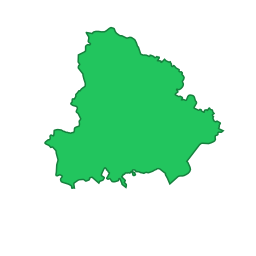 the border of Volgograd, rotated 30°
{"feature_id": "RUS-2369", "entity_name": "Volgograd", "entity_type": "Region", "adm_level": 1, "iso_a3": "RUS", "parent_name": "Russia", "parent_adm1": "", "projection": "albers", "projection_center": [44.238, 49.343], "detail": "fine", "context": "isolated", "style": "filled", "palette": "green", "viewbox_px": 256, "rotation_deg": 30, "n_neighbors": 0, "source": "natural_earth", "source_scale": "10m", "svg_char_len": 5746}
<svg xmlns="http://www.w3.org/2000/svg" viewBox="0 0 256 256"><g transform="rotate(30 128 128)"><path d="M211.8,82.8L211.1,84.7L210.8,85.1L209.0,86.0L208.5,86.4L208.3,87.3L208.9,88.2L209.1,88.8L208.8,89.5L207.9,90.5L207.6,91.0L207.9,92.2L209.4,94.2L209.5,95.7L209.0,96.9L207.4,99.2L205.6,101.2L199.8,104.1L198.9,105.1L198.3,106.8L195.6,127.5L197.2,128.0L201.3,131.0L202.8,132.7L203.2,134.9L202.7,137.2L201.6,139.3L200.3,141.2L199.2,142.2L197.2,143.4L196.2,144.2L195.6,145.1L192.2,155.5L187.3,151.8L184.1,149.9L183.7,149.6L183.3,148.8L183.1,148.6L176.4,147.6L175.7,147.6L174.9,147.8L173.6,148.7L173.4,149.0L173.1,149.9L172.1,151.0L171.0,153.1L168.3,156.3L167.8,156.7L166.1,157.2L165.2,158.0L164.4,159.3L162.5,159.8L161.3,160.3L159.4,160.4L156.8,161.7L155.2,161.0L154.1,161.2L153.1,162.0L153.0,162.3L153.1,162.7L153.5,163.2L154.2,163.7L155.6,163.3L156.2,163.4L157.1,164.3L157.7,164.6L157.8,164.8L157.7,165.2L157.0,166.2L156.3,166.4L155.9,166.3L154.1,164.5L152.7,164.2L152.4,164.6L152.3,165.6L152.1,166.1L150.6,166.6L149.8,167.4L148.5,168.0L148.2,168.3L148.1,169.6L147.9,170.0L147.0,170.7L147.0,170.9L147.3,171.6L147.2,172.2L146.9,172.8L146.9,173.2L147.0,173.4L151.7,174.7L152.0,175.1L151.9,176.2L152.0,176.9L154.7,177.7L155.5,179.0L155.9,180.5L151.1,179.8L150.1,178.8L146.3,175.9L146.1,175.9L145.6,176.6L145.5,176.9L145.9,177.9L145.8,178.6L143.7,180.9L142.6,181.7L141.7,182.1L140.9,182.3L137.7,180.9L137.1,181.3L136.5,182.2L136.2,182.4L135.3,182.4L134.8,182.3L134.6,181.9L134.7,180.0L134.5,178.0L134.5,176.5L134.3,176.1L132.6,175.8L131.7,174.9L130.3,175.0L129.5,174.1L128.0,173.9L127.7,174.4L127.6,175.8L128.1,180.8L128.5,182.1L129.1,182.5L132.1,182.7L132.4,183.1L132.4,185.5L131.8,186.4L130.4,188.0L130.2,188.6L130.3,190.3L121.6,188.6L120.9,189.0L119.8,190.5L119.9,190.8L120.3,191.8L120.2,192.5L118.5,194.6L118.1,195.0L117.6,195.1L116.2,194.8L115.4,194.8L114.8,195.0L111.6,197.2L110.9,198.1L109.4,201.3L108.8,202.8L109.2,203.8L111.6,206.8L110.8,207.1L109.7,208.1L109.3,208.1L108.5,207.0L107.8,206.5L107.0,206.3L104.5,206.4L98.2,207.8L97.1,207.8L96.1,207.2L95.3,206.2L95.1,205.6L95.3,203.8L95.3,203.0L95.0,202.6L94.7,202.5L92.5,202.4L90.7,204.7L89.7,205.1L89.2,204.8L88.9,204.4L88.0,202.0L84.8,195.7L84.5,194.7L83.7,191.5L83.4,190.6L78.5,185.7L77.5,184.3L76.8,183.6L72.4,182.2L71.8,182.4L70.9,183.4L70.7,183.4L69.2,182.8L67.9,182.6L65.1,182.9L63.8,182.7L63.5,182.3L63.5,181.4L64.5,178.6L64.8,178.1L65.8,177.4L65.9,177.2L65.9,176.1L65.7,175.5L64.6,174.2L64.5,173.5L64.6,172.9L65.1,172.5L67.1,172.2L67.4,171.9L67.2,171.1L66.6,169.6L65.4,167.3L65.4,166.9L65.6,166.6L67.1,165.1L68.1,164.4L71.3,163.1L73.6,163.2L74.9,162.7L76.1,162.9L77.8,162.0L79.1,161.9L79.9,161.4L81.1,161.2L81.9,159.9L82.8,159.4L83.2,158.3L83.1,157.6L82.0,155.4L81.9,154.6L81.9,154.4L82.2,153.8L83.2,152.5L84.4,151.2L84.6,150.8L84.6,150.5L84.5,150.0L84.0,148.8L82.7,147.1L82.3,146.4L82.6,144.3L82.4,143.6L77.5,140.3L75.6,140.1L75.1,139.8L74.8,139.2L74.5,136.9L74.2,136.1L73.8,135.6L72.9,135.2L72.0,135.2L69.1,136.0L67.0,135.9L66.6,135.7L66.3,135.4L66.2,135.1L66.5,134.0L66.5,133.3L65.6,131.5L65.4,130.8L65.8,130.2L66.8,130.0L67.1,129.7L67.0,126.7L66.2,125.4L66.1,124.8L66.6,122.8L66.8,120.7L67.0,120.2L67.6,119.9L67.9,119.7L68.1,117.8L68.8,115.9L69.9,113.7L69.9,113.0L68.9,111.0L68.2,110.2L65.2,107.5L62.7,104.9L61.9,103.7L55.0,100.9L54.5,100.1L54.2,99.2L54.2,98.2L54.5,97.4L54.4,97.1L53.8,96.6L52.3,96.0L51.8,95.7L48.5,89.5L52.1,84.1L52.7,82.7L52.1,81.3L50.6,78.8L50.5,78.0L50.6,77.4L50.9,76.8L51.5,75.9L53.3,75.2L53.4,74.8L53.5,74.0L53.2,73.7L50.9,73.3L50.4,73.0L50.2,72.8L49.1,69.7L48.4,68.8L48.0,68.5L44.9,66.8L44.2,66.3L44.2,66.1L49.7,64.1L50.0,63.7L49.9,62.9L50.3,62.0L51.8,60.5L54.4,59.0L57.0,58.0L59.4,56.5L59.7,56.2L60.7,54.5L62.1,50.9L63.1,49.5L65.5,48.9L66.3,48.9L67.5,49.8L68.6,50.8L70.6,51.7L74.3,52.1L75.3,51.9L76.6,51.2L82.0,50.8L82.6,50.3L84.3,48.5L85.8,47.9L89.2,48.1L90.0,48.3L92.6,50.0L95.3,52.4L96.6,52.8L101.9,57.5L102.7,57.6L104.7,57.3L105.9,56.5L107.4,55.8L108.8,55.6L110.5,55.5L110.9,55.0L111.0,54.7L110.8,53.9L111.3,53.6L114.6,53.2L115.6,53.7L116.1,53.6L116.7,53.1L117.3,51.7L118.4,51.8L119.2,51.1L119.7,51.2L120.0,51.9L120.0,52.9L119.8,54.5L119.9,54.9L120.4,54.8L121.5,54.1L122.2,54.0L122.8,53.6L123.2,53.7L123.6,54.5L124.0,54.5L124.1,54.4L124.5,53.5L125.3,50.2L127.3,50.8L130.5,50.5L130.9,50.3L131.3,49.5L131.5,49.5L132.3,50.2L133.6,50.9L134.3,52.1L135.0,52.7L135.5,52.7L135.9,52.4L136.1,52.2L136.1,51.3L136.4,51.1L137.1,51.1L139.7,52.0L142.8,51.9L143.2,52.0L143.7,53.2L144.0,53.4L145.0,53.4L146.1,52.7L147.3,53.0L147.7,53.5L147.7,54.3L148.1,54.7L149.9,55.3L151.2,56.1L151.5,56.6L151.9,58.3L151.7,60.1L151.8,60.5L152.2,60.9L153.8,62.1L154.2,62.8L154.4,63.4L154.6,64.6L154.5,65.7L154.1,67.4L153.3,69.0L152.5,69.6L151.0,69.9L150.8,70.2L150.9,70.5L151.1,70.8L152.7,71.3L153.1,71.8L153.1,72.2L152.4,73.5L152.1,74.5L152.1,75.2L152.5,75.6L155.9,75.5L156.4,75.3L156.9,74.8L157.4,74.4L159.6,74.4L160.1,74.8L160.2,76.4L160.3,76.8L160.8,76.6L161.5,75.7L164.2,75.2L164.5,74.8L164.6,74.4L164.4,73.1L164.1,70.8L164.2,70.1L164.4,69.4L164.8,68.8L165.9,68.1L167.9,67.5L168.9,67.6L170.0,68.1L172.6,70.6L174.1,71.2L174.8,72.0L174.9,72.4L174.9,77.0L175.2,77.6L175.7,77.7L180.2,77.4L180.7,76.9L181.0,75.9L181.7,75.7L182.4,75.7L182.7,76.3L183.0,76.5L185.7,76.5L185.9,76.4L186.0,76.1L185.6,74.8L185.6,74.3L185.7,74.0L186.7,73.2L187.1,73.0L187.9,73.1L188.0,72.9L188.2,70.6L188.4,70.1L188.6,70.0L190.1,70.7L190.6,70.7L191.9,70.3L192.4,70.6L193.4,71.7L195.3,72.4L195.2,72.7L194.6,73.9L194.5,74.4L194.6,74.6L195.3,75.2L196.4,75.5L196.4,76.7L196.7,77.2L197.8,77.9L198.1,78.5L198.7,78.8L200.2,78.9L201.0,78.7L201.4,77.8L201.7,77.5L205.1,77.5L205.4,77.6L205.6,77.8L205.7,80.2L206.5,81.4L206.6,83.0L207.6,83.2L211.8,82.8Z" fill="#22c55e" stroke="#15803d" stroke-width="1.5"/></g></svg>